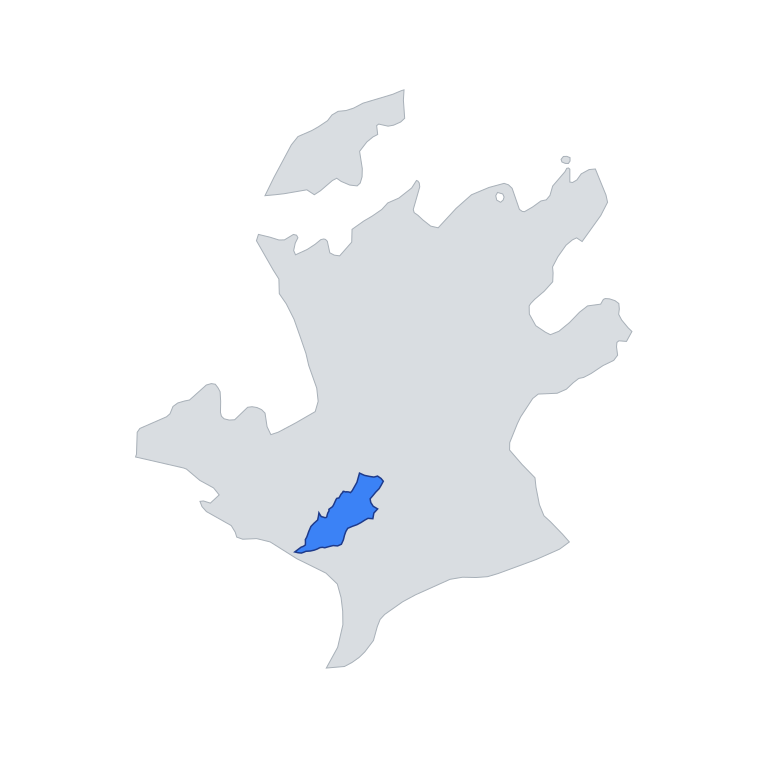 location of Hajigabul within Azerbaijan, rotated 105°
{"feature_id": "AZE-1694", "entity_name": "Hajigabul", "entity_type": "District", "adm_level": 1, "iso_a3": "AZE", "parent_name": "Azerbaijan", "parent_adm1": "", "projection": "natural_earth1", "projection_center": [48.915, 40.078], "detail": "fine", "context": "in_parent", "style": "filled", "palette": "blue", "viewbox_px": 768, "rotation_deg": 105, "n_neighbors": 0, "source": "natural_earth", "source_scale": "10m", "svg_char_len": 4408}
<svg xmlns="http://www.w3.org/2000/svg" viewBox="0 0 768 768"><g transform="rotate(105 384 384)"><path d="M518.8,605.1L515.9,604.9L494.5,609.9L490.1,608.3L471.9,585.5L468.1,583.0L460.3,582.0L455.7,578.3L452.0,572.2L449.8,567.7L431.0,555.4L428.3,550.9L427.9,546.9L430.7,543.3L433.9,540.3L443.0,537.3L453.8,534.6L457.2,532.7L459.0,529.5L458.9,524.2L457.2,519.0L441.8,509.7L440.1,505.6L439.6,500.6L440.5,495.5L442.9,491.4L455.5,485.9L462.2,480.2L458.0,473.8L444.5,459.3L428.5,443.3L417.8,443.1L405.4,447.9L385.6,461.5L374.7,467.3L360.3,477.0L344.7,487.7L331.9,499.1L323.9,508.5L309.8,512.7L302.5,520.6L278.6,544.3L272.0,544.0L271.7,532.2L272.1,522.9L270.6,517.5L263.0,510.2L262.9,507.0L265.0,505.0L270.9,506.2L278.5,505.8L282.1,502.9L274.1,493.2L266.9,486.7L260.9,482.4L259.5,479.7L259.5,477.9L260.8,475.7L271.3,470.3L272.4,465.4L271.7,460.0L255.3,451.9L242.9,454.9L231.9,445.8L224.8,438.8L216.0,431.3L208.1,427.2L200.6,417.8L187.5,408.0L179.0,405.3L179.2,403.8L180.7,402.0L184.3,400.5L207.8,400.9L210.7,399.2L212.2,395.0L215.5,388.8L219.4,379.8L219.1,372.1L195.7,359.8L178.6,348.5L167.0,333.5L159.1,319.9L159.4,315.3L161.8,310.9L180.3,298.4L181.5,295.1L181.2,292.9L174.7,286.4L166.6,279.8L164.1,274.9L158.9,272.5L149.1,272.3L132.0,264.1L128.4,263.3L127.6,261.7L128.4,260.1L140.8,256.8L140.6,254.1L137.0,250.5L130.0,247.9L123.8,241.4L121.6,235.5L144.0,218.5L150.6,215.1L165.1,218.2L195.1,229.5L193.0,235.8L196.0,239.3L202.8,244.1L216.1,249.0L227.3,251.5L233.0,249.4L241.6,247.5L252.8,253.2L263.1,260.3L268.2,263.1L271.0,264.0L278.9,261.7L288.4,252.5L292.2,241.4L293.3,236.1L287.8,228.7L276.6,220.7L264.0,213.7L255.9,207.6L250.8,195.4L245.5,194.0L244.2,192.4L243.4,188.3L243.7,182.5L245.5,178.0L250.7,176.1L255.9,175.4L260.6,171.1L266.5,162.8L269.1,158.1L280.1,160.8L281.5,168.3L283.5,169.8L288.0,169.0L295.7,165.8L301.7,168.2L309.5,177.2L320.2,186.6L326.0,192.9L328.2,197.3L333.7,201.5L341.8,206.5L348.1,214.3L353.8,232.4L359.5,236.6L380.4,243.5L387.7,244.9L408.1,247.4L415.3,245.6L425.9,230.0L435.5,213.9L444.3,210.5L460.3,202.7L469.9,195.4L474.0,187.5L483.0,172.5L488.6,164.1L498.0,171.6L514.3,191.8L537.6,224.8L543.3,234.1L547.1,245.0L550.3,258.1L555.6,269.7L579.4,298.9L589.6,309.7L606.4,323.7L612.3,326.8L620.1,327.7L634.5,327.8L647.7,333.2L654.3,337.1L661.0,342.6L667.1,349.1L673.3,366.2L650.3,360.6L627.2,361.4L614.1,365.1L601.4,370.2L589.3,377.3L581.7,391.1L575.3,423.1L566.0,453.1L566.3,467.0L570.5,480.3L570.0,486.6L565.7,489.3L560.3,494.9L553.2,522.5L549.6,528.0L545.0,531.4L543.7,528.1L544.0,520.9L533.8,514.5L528.5,521.7L524.8,536.9L517.3,552.8L517.0,555.8L518.8,605.1ZM177.2,322.7L178.3,318.4L175.4,316.5L172.3,316.4L169.7,318.5L169.6,323.9L173.2,324.8L177.2,322.7ZM99.6,447.6L96.2,443.2L94.7,440.8L104.9,438.7L122.0,432.8L126.6,435.7L131.5,441.7L133.9,446.8L134.3,456.4L136.3,458.0L144.6,454.7L148.2,458.6L154.6,463.2L165.6,467.8L181.6,460.7L189.6,458.8L196.1,459.0L199.6,461.2L200.7,468.6L199.4,477.8L197.5,482.9L200.8,486.5L213.8,495.4L219.2,500.3L216.4,508.8L226.0,529.6L229.2,537.7L232.9,547.7L213.0,543.8L177.0,535.4L167.2,531.1L158.0,519.5L152.5,513.9L144.3,506.7L137.6,503.9L132.5,498.9L129.7,491.5L125.5,484.9L118.2,477.0L101.8,450.4L99.6,447.6ZM123.5,269.6L121.2,271.1L117.8,269.6L116.8,266.3L117.2,262.9L120.5,262.0L123.3,263.0L124.0,266.1L123.5,269.6Z" fill="#d9dde1" stroke="#a8b0b8" stroke-width="1"/><path d="M517.0,359.9L517.9,364.7L520.7,367.6L523.9,370.5L526.9,373.7L529.8,377.9L532.8,381.7L536.4,382.7L540.2,383.0L545.1,382.9L549.8,383.7L552.4,386.9L553.2,391.3L555.3,395.1L557.5,398.8L557.7,401.3L558.6,403.5L560.7,405.8L562.6,408.5L564.4,412.0L565.8,416.1L567.3,418.0L568.7,420.1L569.2,423.3L569.3,426.7L566.2,424.3L563.1,421.9L561.6,419.8L559.8,418.3L557.2,418.9L554.6,419.7L552.8,419.2L551.1,418.9L545.8,418.5L540.5,417.7L536.5,415.5L532.5,412.9L528.8,413.1L525.3,413.5L526.9,411.9L528.3,410.3L528.3,407.9L528.4,406.5L528.0,405.4L527.0,404.8L525.8,405.0L523.1,404.9L520.8,404.3L519.3,404.8L515.8,402.0L513.7,401.4L507.8,400.4L506.6,399.9L505.8,398.1L503.9,397.5L501.6,397.0L498.9,395.6L498.5,395.8L498.2,395.6L498.1,394.6L498.2,393.2L498.1,392.6L497.8,392.3L497.4,390.0L497.6,388.3L495.3,387.1L486.0,384.7L476.4,384.6L477.3,379.2L477.0,374.0L476.5,369.6L474.6,366.4L476.0,362.4L478.1,359.5L482.3,360.5L486.3,361.6L490.6,364.0L495.0,366.0L498.5,367.7L501.9,366.1L504.9,362.8L506.3,357.8L511.3,360.4L517.0,359.9Z" fill="#3b82f6" stroke="#1e3a8a" stroke-width="1.5"/></g></svg>